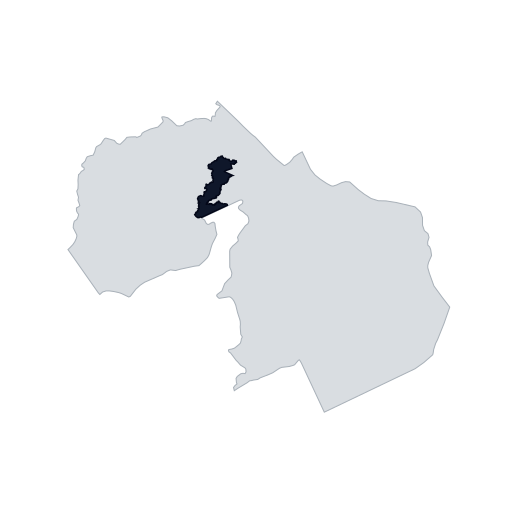 Chitambo, Central, Zambia shown in context, rotated 245°
{"feature_id": "96606910B62371668778538", "entity_name": "Chitambo", "entity_type": "district", "adm_level": 2, "iso_a3": "ZMB", "parent_name": "Zambia", "parent_adm1": "Central", "projection": "natural_earth1", "projection_center": [30.302, -12.89], "detail": "fine", "context": "in_parent", "style": "filled", "palette": "ink", "viewbox_px": 512, "rotation_deg": 245, "n_neighbors": 0, "source": "geoboundaries", "source_scale": "gbopen_adm2", "svg_char_len": 9317}
<svg xmlns="http://www.w3.org/2000/svg" viewBox="0 0 512 512"><g transform="rotate(245 256 256)"><path d="M330.9,341.9L311.6,342.0L304.5,343.7L298.8,346.5L291.9,350.7L287.9,353.7L286.8,355.3L286.3,358.9L286.3,364.5L285.6,368.5L283.5,372.2L273.0,376.7L266.2,380.3L259.5,384.6L254.4,390.2L251.0,397.1L245.3,405.6L233.3,420.9L226.3,423.7L220.5,423.1L213.4,419.9L207.8,419.3L203.6,421.3L199.8,420.7L196.2,417.5L193.3,416.3L190.9,417.2L187.8,417.0L182.2,415.3L177.4,409.8L174.7,407.6L172.7,406.7L167.0,405.8L153.7,404.6L139.9,407.3L127.8,410.0L115.4,397.9L103.4,385.1L100.9,381.9L96.3,377.6L93.1,375.5L91.8,374.4L88.5,363.0L86.6,352.6L85.6,251.9L140.0,251.9L143.5,251.5L143.6,250.4L141.1,245.0L141.2,243.1L141.8,239.5L144.2,232.2L144.3,229.7L143.1,221.8L143.2,217.4L143.8,208.4L143.4,205.4L144.6,201.4L145.1,198.7L145.6,197.6L144.9,194.5L143.8,183.9L143.1,179.4L146.4,180.1L147.5,182.3L148.1,184.7L149.6,184.8L153.5,186.2L154.8,188.2L155.7,192.5L155.2,194.6L154.0,196.4L155.2,198.0L157.8,199.0L159.3,198.7L163.7,195.8L167.7,194.7L169.8,193.9L178.8,192.0L180.5,191.0L181.8,191.0L182.7,191.8L181.9,194.8L181.6,197.6L182.8,202.6L183.6,205.0L185.5,206.7L186.9,207.6L188.4,209.4L191.5,209.1L198.4,211.7L200.5,212.9L203.4,214.1L205.5,214.5L212.6,215.4L220.1,216.9L224.0,217.0L226.7,216.6L228.6,215.9L229.8,215.1L230.4,214.4L233.2,204.7L234.6,204.0L236.5,203.5L237.5,204.4L238.8,210.4L244.2,215.9L246.1,220.5L247.4,224.5L248.6,225.5L250.7,226.9L254.0,227.4L256.9,227.5L271.5,234.2L273.1,235.4L274.9,239.0L276.0,243.1L277.2,246.3L279.0,246.9L280.7,247.1L282.4,249.3L283.6,251.2L288.0,259.2L288.6,262.3L290.7,264.4L293.5,265.3L296.1,265.4L297.7,264.5L301.4,262.9L304.3,261.0L306.4,260.3L307.7,260.7L308.6,262.0L309.3,266.0L311.3,267.3L312.8,266.8L313.4,265.2L313.5,264.4L313.4,223.1L312.1,223.4L310.4,224.6L306.5,224.7L305.0,225.6L304.6,226.9L304.9,228.6L304.9,231.0L304.4,232.1L302.7,232.5L300.2,231.6L295.8,230.4L292.1,229.7L289.4,226.6L285.8,221.9L283.5,219.6L277.8,214.7L276.8,213.7L275.1,211.4L273.6,207.5L272.2,203.1L271.4,200.2L272.8,195.8L276.1,181.5L276.8,177.0L279.6,172.5L279.8,168.5L278.7,163.3L278.9,160.4L279.3,144.0L278.5,138.8L276.7,133.1L272.6,125.1L272.6,123.4L278.9,118.2L280.8,116.2L284.0,112.0L286.3,108.4L287.7,105.5L288.2,101.8L287.1,98.2L289.3,97.5L341.3,88.3L342.1,90.7L343.7,94.8L345.5,97.8L347.7,100.4L349.6,102.0L350.9,102.5L358.9,102.3L361.8,103.9L364.3,106.0L364.9,109.1L366.6,111.1L368.3,112.6L369.1,112.8L370.4,112.4L372.6,112.4L374.6,113.1L375.5,113.7L375.6,116.4L376.2,117.6L378.9,118.0L381.7,118.2L384.3,120.0L387.2,120.3L390.6,121.0L392.1,123.0L395.7,124.9L400.0,126.7L404.8,129.6L404.9,130.5L405.7,132.2L406.5,133.4L406.6,135.2L407.0,136.9L408.2,137.3L409.2,137.4L410.2,136.2L411.4,136.2L412.8,137.0L413.3,139.0L414.4,141.6L416.2,143.3L417.3,145.0L416.9,148.2L416.2,151.0L418.6,153.9L421.7,156.5L422.5,157.7L422.8,161.7L423.2,163.1L425.3,166.4L426.4,168.6L426.3,169.8L420.6,176.4L417.1,177.4L415.6,178.7L414.6,180.1L416.9,186.7L418.1,189.1L417.1,192.2L414.8,197.5L413.8,198.0L413.6,202.0L414.2,203.4L415.4,204.6L415.8,207.3L415.7,214.0L414.3,221.6L416.8,228.3L417.7,229.0L421.2,229.1L421.8,229.6L421.0,231.5L418.5,234.5L414.0,236.8L407.5,239.3L406.1,241.7L405.3,245.2L406.0,247.3L406.8,248.4L406.5,251.5L406.0,254.7L406.2,257.3L405.9,259.5L405.0,260.6L403.9,264.0L402.5,267.4L401.4,269.0L399.7,270.6L397.2,272.0L397.2,272.6L400.1,274.2L400.9,275.3L401.1,276.0L399.9,277.8L401.2,278.8L402.9,279.7L404.4,282.0L406.2,286.2L406.5,286.7L407.0,286.7L408.0,286.3L409.7,284.5L411.0,283.9L412.6,286.4L385.5,296.9L379.2,299.1L369.7,302.8L366.6,304.2L364.1,305.6L339.0,313.8L335.0,315.4L326.2,319.7L325.9,320.4L326.0,322.3L326.7,326.2L328.3,329.8L329.6,331.9L330.5,337.2L330.9,341.9Z" fill="#d9dde1" stroke="#a8b0b8" stroke-width="1"/><path d="M361.2,266.4L360.8,265.5L361.0,264.6L361.2,264.1L361.2,263.1L360.8,262.5L360.5,262.4L360.4,262.2L360.1,262.2L360.1,261.8L360.0,261.3L359.8,261.2L359.4,260.7L359.1,260.6L359.4,259.8L359.7,258.7L359.5,258.0L359.2,257.9L359.2,257.2L359.3,256.0L359.1,255.3L359.0,255.0L358.7,254.7L358.4,254.3L358.9,251.8L358.1,250.8L357.9,250.6L357.6,250.7L357.2,251.0L356.9,250.7L356.6,250.7L356.3,250.4L356.1,250.7L355.7,250.1L355.3,250.5L354.8,250.5L354.6,250.9L354.2,251.3L354.0,251.8L353.6,251.9L353.8,252.2L353.7,252.4L353.5,252.5L353.5,252.9L352.9,253.0L351.7,253.1L351.5,253.3L350.8,252.7L350.6,251.7L350.1,251.5L349.8,250.8L349.0,250.8L348.4,250.5L347.9,250.3L347.7,249.9L347.3,250.0L347.2,250.3L346.5,250.5L345.3,249.4L345.0,249.5L344.4,250.1L344.1,250.1L343.2,249.3L342.7,248.9L342.4,248.8L341.6,248.8L341.4,248.7L341.1,248.3L341.1,247.8L341.9,246.8L341.5,246.2L341.6,244.8L341.0,244.2L340.8,243.6L341.0,242.6L340.9,242.1L341.2,241.8L342.0,241.5L342.1,241.1L341.9,240.9L340.7,240.4L339.9,239.8L339.8,238.8L339.4,238.3L339.1,238.2L338.7,238.2L338.3,239.2L338.0,239.5L337.6,239.7L336.9,239.6L336.7,239.4L336.3,238.6L335.9,238.2L335.8,237.9L335.6,237.7L335.6,237.2L336.0,236.5L336.0,236.1L335.6,235.8L335.2,235.8L334.5,235.7L334.4,235.4L334.1,235.4L333.4,234.4L332.8,234.4L332.3,234.1L332.4,233.5L333.0,232.4L333.9,231.7L334.2,231.2L334.1,230.1L334.2,229.7L334.1,229.1L333.9,228.8L333.8,228.4L333.5,228.1L333.0,227.9L332.7,227.3L332.5,227.2L331.2,227.3L330.9,227.2L330.6,227.0L330.4,227.2L330.2,227.0L329.9,227.3L329.6,227.4L329.1,227.1L328.9,226.6L328.6,226.5L328.5,226.2L328.2,226.6L328.2,226.3L327.9,226.5L327.5,226.3L327.2,226.4L327.0,226.1L326.7,226.1L326.5,225.8L326.1,225.7L325.9,225.6L325.4,225.4L325.5,225.3L325.8,225.2L325.3,224.9L324.9,225.1L324.5,224.9L324.3,225.0L324.0,224.6L323.8,224.7L323.6,224.6L323.3,224.5L323.3,223.9L323.2,223.9L323.2,223.7L322.9,224.0L322.5,223.8L322.0,223.0L322.0,222.7L321.8,222.3L321.6,222.3L321.4,221.9L321.1,222.0L321.0,221.8L320.9,221.8L320.9,221.3L320.8,221.2L320.9,220.8L320.8,220.6L321.0,220.3L320.9,220.0L320.7,219.8L320.6,219.6L320.2,219.7L319.9,219.3L319.8,219.2L319.7,218.4L319.4,217.9L317.1,218.4L315.4,219.4L315.2,219.7L314.8,220.8L314.9,221.0L314.8,221.4L314.9,221.7L314.8,222.3L314.0,222.9L314.0,251.5L314.9,251.7L315.7,251.1L316.6,249.7L316.8,248.6L317.3,248.0L318.1,247.5L318.2,247.0L318.5,246.5L318.7,246.4L319.0,246.1L320.1,245.9L320.6,245.6L320.8,245.5L320.9,245.4L321.1,245.4L321.2,245.2L321.5,245.3L321.5,245.0L321.4,245.0L321.3,244.8L321.1,244.9L320.8,244.6L321.0,244.6L320.9,244.1L320.9,243.8L321.0,243.6L321.3,243.3L321.3,243.1L321.0,242.6L320.8,242.6L320.8,242.2L320.6,242.1L320.7,241.9L321.1,242.1L320.8,241.8L320.7,241.9L320.4,241.6L320.4,241.4L320.6,241.1L320.4,241.0L320.1,241.3L319.9,241.1L319.9,240.8L319.8,240.5L320.1,240.5L320.3,240.2L320.1,240.0L320.2,239.9L319.8,239.7L320.0,239.5L320.1,239.3L320.3,239.1L320.4,238.7L320.7,238.6L320.7,238.4L320.9,238.5L321.2,238.4L321.2,238.2L321.2,237.9L321.5,237.7L321.6,237.8L321.8,237.6L322.2,237.7L322.4,237.4L322.6,237.1L322.4,236.8L322.6,236.7L322.8,236.4L322.7,236.1L322.6,235.9L322.8,235.6L323.0,235.7L323.0,235.8L323.2,235.7L322.7,235.2L322.8,235.1L323.1,235.1L323.2,234.9L323.1,234.7L323.3,234.5L323.7,234.0L323.6,233.7L323.6,233.4L323.6,233.2L323.9,232.9L324.3,233.2L324.3,233.4L324.4,233.5L324.8,233.9L324.8,234.1L325.2,234.3L325.3,234.5L325.1,234.7L325.4,235.1L325.2,235.4L325.2,235.6L325.3,235.6L325.6,236.2L326.2,236.3L326.3,236.5L326.2,237.2L326.3,237.7L326.2,237.9L326.0,238.0L325.8,238.4L325.9,238.7L325.7,238.9L325.7,239.2L325.9,239.4L326.1,239.7L326.4,239.8L326.6,240.1L326.5,240.3L326.5,240.6L326.3,240.9L326.4,241.0L326.3,241.6L325.9,242.0L325.8,242.7L325.7,242.9L325.7,243.0L325.6,243.3L325.8,244.0L325.8,244.3L325.6,244.4L325.8,244.6L325.9,244.8L326.0,244.7L326.5,244.6L326.9,244.9L326.9,245.3L327.0,245.3L327.0,245.5L327.3,246.1L327.1,246.5L327.0,246.9L326.9,247.1L327.0,247.4L327.0,247.7L327.3,248.0L327.4,248.7L327.6,249.0L327.7,249.3L327.9,249.6L328.2,250.0L328.4,250.1L328.8,249.9L329.6,250.4L329.8,250.6L330.0,251.1L330.3,251.6L330.6,251.7L330.9,252.1L331.0,251.9L331.4,251.8L331.6,251.6L331.9,251.5L332.1,251.7L332.5,252.0L332.1,252.6L332.4,252.9L332.6,252.7L333.1,252.7L334.1,254.1L335.0,254.3L334.9,254.5L334.9,254.9L335.3,255.7L334.5,257.5L335.1,258.2L335.0,258.4L335.0,259.3L334.8,259.8L334.8,260.1L335.0,260.7L335.1,260.9L335.4,260.9L335.5,261.1L335.5,261.7L335.7,262.0L336.0,262.2L336.5,262.7L336.7,262.8L336.8,262.7L336.9,263.2L337.1,263.3L337.2,263.5L337.4,263.8L337.8,263.7L337.9,263.8L338.1,263.8L338.2,264.1L338.3,264.0L338.6,264.6L338.7,265.0L338.9,265.1L338.8,265.7L338.6,265.8L338.6,266.2L338.9,266.3L338.9,266.8L339.1,266.7L339.0,267.2L339.3,267.5L339.1,267.6L339.0,267.8L338.9,267.8L339.1,268.2L338.9,268.2L338.9,268.4L338.8,268.9L345.8,263.0L346.3,264.1L345.5,271.2L350.1,272.0L349.4,273.5L348.9,274.1L348.4,275.1L348.6,275.2L348.8,275.1L349.0,275.3L349.0,275.7L348.7,276.3L348.9,276.9L349.0,276.8L349.1,277.0L349.4,277.2L349.4,277.3L349.5,277.2L349.6,277.4L349.9,277.5L350.0,277.5L349.9,277.9L350.0,277.9L350.0,278.0L350.3,278.3L350.6,278.3L350.8,278.1L350.6,277.7L350.6,277.4L351.7,276.7L352.0,276.7L352.3,276.0L352.7,275.7L352.4,275.3L352.3,274.9L352.3,274.3L352.1,273.9L352.7,272.9L354.2,271.9L354.4,271.9L354.7,272.3L354.8,272.4L355.6,271.2L355.8,270.7L356.3,270.1L356.7,269.7L357.4,269.7L357.7,268.6L358.0,268.2L358.4,268.0L359.1,268.0L359.4,267.5L359.8,267.3L360.2,267.4L360.4,267.6L360.8,267.7L361.0,267.3L360.9,266.8L361.1,266.5L361.2,266.4Z" fill="#0f172a" stroke="#020617" stroke-width="1.5"/></g></svg>